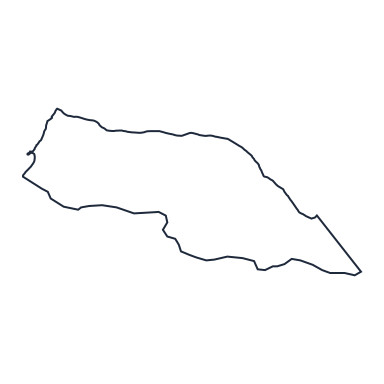 the district of Morne Siquot, Soufrière, Saint Lucia
{"feature_id": "8701671B8813575079880", "entity_name": "Morne Siquot", "entity_type": "district", "adm_level": 2, "iso_a3": "LCA", "parent_name": "Saint Lucia", "parent_adm1": "Soufrière", "projection": "albers", "projection_center": [-61.065, 13.891], "detail": "fine", "context": "isolated", "style": "outline", "palette": "slate", "viewbox_px": 384, "rotation_deg": 0, "n_neighbors": 0, "source": "geoboundaries", "source_scale": "gbopen_adm2", "svg_char_len": 4193}
<svg xmlns="http://www.w3.org/2000/svg" viewBox="0 0 384 384"><path d="M361.0,271.7L316.9,215.5L315.0,217.5L311.5,218.6L306.5,216.4L306.3,216.3L304.6,215.2L303.5,214.5L302.9,214.1L302.1,213.8L301.3,213.5L300.2,212.9L299.8,212.7L299.4,212.4L299.0,212.0L298.7,211.6L298.3,211.0L298.0,210.3L297.5,209.7L297.2,209.2L296.7,208.7L296.2,207.9L295.9,207.4L295.3,206.7L295.0,206.1L294.5,205.4L294.0,204.8L293.7,204.2L292.9,203.1L292.2,202.1L291.5,201.1L290.4,199.8L288.2,196.4L287.9,195.8L287.4,195.5L286.8,195.0L286.3,194.3L285.7,193.5L285.3,192.9L284.7,192.2L284.3,191.5L284.0,190.9L283.8,190.3L283.4,189.6L283.1,189.2L282.5,188.8L281.5,188.2L280.1,187.4L278.5,186.4L277.9,186.1L277.3,185.5L276.4,184.7L275.4,183.7L274.6,182.7L273.7,181.7L273.2,181.1L272.5,180.5L271.7,180.0L270.8,179.6L270.3,179.3L269.8,178.9L268.8,178.2L267.9,177.6L267.4,177.3L266.7,177.1L265.8,176.9L264.4,176.6L264.0,176.4L263.7,176.0L263.3,175.5L263.2,174.8L263.0,174.4L262.6,173.7L262.3,173.0L261.9,172.1L261.6,171.4L261.4,170.6L261.2,170.2L260.8,169.7L260.4,169.2L260.2,168.6L259.9,167.9L259.6,167.4L259.3,166.7L259.0,165.8L258.8,164.8L258.3,164.1L257.9,163.6L256.9,162.5L255.9,161.7L255.4,161.1L254.8,160.5L254.4,159.9L254.0,158.9L253.3,158.2L252.8,157.6L252.4,157.2L251.9,156.0L251.1,155.2L250.8,154.9L248.3,152.9L246.0,150.8L243.8,149.2L243.4,148.6L241.4,147.0L239.3,145.9L236.9,144.4L233.2,142.1L229.3,139.8L228.7,139.4L228.2,139.1L227.6,138.9L227.1,138.7L226.5,138.7L225.7,138.6L224.8,138.4L220.3,137.6L218.5,137.2L216.6,136.8L215.4,136.7L213.2,136.0L211.7,135.7L210.4,135.5L209.7,135.6L208.1,135.6L206.5,135.9L205.6,135.9L204.9,135.9L204.4,135.8L199.7,135.1L199.0,134.9L198.4,134.6L198.0,134.4L197.1,134.2L193.3,133.2L192.6,133.1L191.8,132.9L190.8,132.9L189.9,133.0L189.1,133.2L187.8,133.7L184.1,135.0L182.2,135.7L181.6,135.8L181.0,135.8L177.8,135.6L176.7,135.5L175.8,135.3L174.6,135.0L172.8,134.4L171.2,134.1L168.2,133.5L165.7,132.9L163.1,132.1L160.7,131.5L159.7,131.2L159.1,131.1L155.1,131.1L151.3,131.1L149.1,131.2L147.0,131.3L145.4,131.8L143.9,132.3L142.1,132.6L140.6,132.8L138.7,132.8L136.3,132.6L131.2,132.3L129.1,132.0L127.5,131.8L125.5,131.2L124.3,131.1L123.1,130.9L122.2,130.6L120.9,130.5L115.9,130.7L115.3,130.8L114.0,131.0L112.2,131.0L109.8,130.8L106.9,130.4L106.4,130.1L105.7,129.5L104.9,128.8L104.1,128.3L103.4,127.9L102.6,127.6L101.6,127.1L100.8,126.3L100.3,125.9L99.9,125.5L99.4,125.0L99.1,124.4L98.7,123.6L98.1,123.1L97.7,122.7L97.2,122.3L96.4,121.8L95.6,121.4L94.6,120.9L93.4,120.5L89.7,120.1L87.4,119.7L85.0,119.1L81.6,118.0L79.3,117.3L77.7,116.9L76.8,116.8L75.9,116.7L75.2,116.8L74.1,116.9L71.6,116.3L70.3,116.0L69.3,115.9L68.1,115.8L67.3,115.5L66.5,115.1L65.9,114.7L64.9,114.2L64.4,113.8L63.7,113.3L63.1,112.7L62.3,111.8L61.8,111.3L61.4,110.6L60.7,110.3L60.5,110.2L57.2,108.7L57.0,108.8L56.1,110.0L55.6,110.7L55.2,111.8L54.6,113.1L53.4,114.6L52.2,116.0L51.7,116.7L51.7,117.2L52.0,117.6L51.9,118.0L51.4,118.3L50.8,118.9L49.4,119.8L48.3,120.6L47.5,121.0L46.9,123.1L46.1,125.5L46.0,127.9L45.7,129.0L45.0,130.0L44.1,131.6L43.9,132.9L43.3,134.9L42.2,137.5L41.5,139.0L41.5,139.3L40.8,140.4L40.5,140.6L39.4,141.4L39.0,142.2L37.4,144.5L36.4,145.2L36.4,145.7L34.7,148.3L34.6,149.2L34.1,149.7L33.5,150.6L32.8,151.3L32.5,151.5L31.8,151.7L30.1,151.5L29.6,152.4L28.8,153.0L28.1,153.4L27.6,153.6L27.5,153.8L27.4,154.0L27.5,154.3L27.6,154.5L27.8,154.6L28.4,154.6L28.9,154.3L30.4,153.2L30.7,153.0L30.9,152.7L31.3,152.6L31.8,152.8L33.0,153.2L33.9,153.7L34.3,154.2L34.6,155.8L34.8,156.8L34.7,158.4L34.5,160.3L34.3,161.2L33.7,162.5L32.8,163.9L31.8,165.3L30.8,166.7L28.2,169.4L25.4,172.2L25.2,172.7L23.8,174.4L23.1,175.3L23.0,175.8L23.0,176.7L42.0,188.8L47.8,191.8L50.7,198.5L63.7,206.7L78.2,209.7L81.1,207.4L89.1,206.0L102.1,205.2L116.6,207.4L134.0,213.4L156.1,212.1L158.6,211.9L165.8,215.6L166.4,218.3L167.3,222.4L162.9,229.8L167.3,236.5L175.2,238.8L176.7,241.2L178.8,244.7L181.0,251.4L186.1,253.5L188.2,254.4L192.1,255.9L196.2,257.4L206.3,260.4L214.3,259.6L227.3,256.6L242.5,258.1L254.1,261.1L255.3,263.9L257.7,269.3L265.0,270.1L272.9,266.3L277.3,266.3L284.5,264.1L291.7,258.9L300.4,260.4L312.7,264.8L322.2,270.1L330.1,273.0L344.6,273.0L354.7,275.3L361.0,271.7Z" fill="none" stroke="#1e293b" stroke-width="2"/></svg>